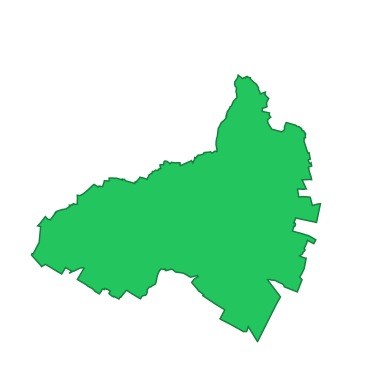 Oradea, Bihor, Romania (Albers equal-area conic projection), rotated 290°
{"feature_id": "2599482B8736220817174", "entity_name": "Oradea", "entity_type": "district", "adm_level": 2, "iso_a3": "ROU", "parent_name": "Romania", "parent_adm1": "Bihor", "projection": "albers", "projection_center": [21.942, 47.075], "detail": "fine", "context": "isolated", "style": "filled", "palette": "green", "viewbox_px": 384, "rotation_deg": 290, "n_neighbors": 0, "source": "geoboundaries", "source_scale": "gbopen_adm2", "svg_char_len": 5937}
<svg xmlns="http://www.w3.org/2000/svg" viewBox="0 0 384 384"><g transform="rotate(290 192 192)"><path d="M268.9,288.7L268.2,287.8L271.3,285.0L273.4,283.5L277.7,280.1L281.2,278.9L281.8,280.1L282.5,279.7L283.7,279.3L284.2,278.9L284.6,279.1L285.8,278.7L286.1,278.3L286.0,277.5L286.1,277.3L286.8,277.0L287.5,276.2L287.6,275.7L287.4,274.9L287.5,274.4L287.8,273.8L288.1,273.7L288.7,273.7L289.0,273.5L289.1,273.3L289.1,272.9L289.4,272.5L289.3,272.1L290.0,270.3L289.6,268.0L290.2,266.7L289.6,257.1L289.2,256.7L284.5,256.6L283.0,257.4L281.3,257.3L279.2,255.7L278.3,245.4L282.6,240.1L284.8,238.5L286.4,238.7L289.3,240.4L290.7,238.1L292.8,237.8L291.8,230.5L294.5,229.6L295.1,230.0L296.8,232.4L297.3,233.1L297.7,233.3L301.3,231.5L306.1,232.0L308.2,227.5L311.0,226.8L307.6,222.7L308.6,221.8L309.4,221.3L310.9,219.5L312.7,218.8L314.6,216.5L315.5,215.2L315.8,214.2L315.9,213.2L316.3,212.1L318.3,208.2L319.4,207.8L318.9,205.3L319.5,204.7L319.4,204.1L319.0,203.5L318.8,203.6L318.4,203.4L318.1,203.0L317.8,203.2L317.3,203.0L317.6,202.5L317.2,201.8L315.9,200.9L317.6,195.4L317.3,195.4L316.0,195.7L314.6,195.7L313.2,195.4L311.4,194.8L310.0,194.6L308.9,195.0L307.9,195.1L306.9,195.8L306.1,196.5L305.5,197.7L305.4,198.0L304.8,198.3L303.1,198.6L302.7,198.8L301.5,198.9L299.0,200.7L298.5,200.7L296.7,201.7L296.0,201.9L295.6,201.8L294.1,200.9L293.3,200.7L292.4,200.2L290.6,199.8L286.9,199.7L285.9,199.4L285.4,198.7L285.1,198.7L283.5,198.7L280.9,198.1L280.3,197.8L280.3,198.0L278.1,197.8L276.0,198.4L275.9,197.9L274.4,198.2L274.5,198.7L274.0,198.9L271.4,198.1L269.4,197.1L269.2,197.1L267.8,196.1L267.2,195.8L264.5,195.5L263.2,195.5L262.1,195.3L261.7,195.0L260.6,195.0L252.8,196.8L250.5,196.9L248.6,197.2L245.3,198.2L244.7,198.4L240.4,200.9L240.2,200.8L240.4,201.0L239.7,201.2L238.8,201.7L238.6,201.5L238.5,201.4L238.4,201.2L238.5,200.6L238.5,200.2L238.4,200.0L237.6,199.0L236.3,198.4L235.5,197.2L236.1,195.7L235.1,194.0L233.7,190.8L233.2,190.1L232.6,189.7L232.0,190.1L230.7,188.6L229.4,186.9L229.2,186.4L229.0,185.6L228.7,185.1L228.1,184.9L226.8,184.3L225.3,184.1L225.4,182.8L223.2,183.2L219.7,182.8L221.4,180.8L220.3,179.9L213.1,172.4L212.9,171.7L215.4,170.7L213.5,165.9L212.9,162.5L210.9,161.7L211.6,160.2L212.2,158.1L212.2,157.4L212.1,156.8L211.8,156.3L211.6,155.6L210.9,155.4L208.1,156.0L207.8,155.7L206.8,152.7L206.2,152.8L205.2,153.2L203.4,154.7L202.8,153.7L201.8,152.6L201.1,152.8L200.8,152.7L200.4,152.1L200.0,150.4L198.9,149.6L198.1,148.9L197.9,148.5L197.8,147.9L197.0,147.7L196.9,147.8L195.4,148.0L194.8,146.8L193.5,145.9L192.4,145.7L191.2,145.8L188.4,145.3L188.6,144.0L188.5,143.3L188.6,142.7L188.4,140.5L188.1,140.0L188.2,138.1L186.5,137.7L183.5,136.5L182.3,136.5L182.2,135.1L180.5,135.3L179.8,125.8L180.0,125.0L180.2,124.7L180.8,124.4L180.6,124.1L180.3,122.1L179.3,122.5L179.2,121.9L179.5,121.8L179.2,116.5L177.2,110.5L176.8,109.4L174.1,110.2L173.8,109.7L172.6,105.8L170.9,106.0L167.6,106.1L166.6,106.2L166.4,106.0L166.2,105.1L165.8,102.6L164.6,102.1L165.6,97.7L165.6,97.2L157.0,92.8L153.4,90.6L150.7,88.4L150.1,87.6L149.9,85.9L149.7,85.3L147.0,86.5L144.7,87.1L142.5,88.0L141.6,88.4L141.4,87.9L140.8,87.4L140.4,86.4L140.3,85.3L140.6,84.9L140.6,84.7L140.4,84.4L140.1,84.3L139.7,84.0L139.2,84.0L138.7,83.7L138.6,82.9L138.0,82.2L137.6,81.3L136.7,82.2L136.2,81.5L135.8,81.4L135.3,81.4L135.1,81.3L134.7,80.6L134.2,80.1L133.6,80.0L133.2,79.7L132.7,79.0L132.4,78.2L131.8,77.3L131.2,76.2L130.1,74.7L127.7,71.6L126.2,71.1L126.4,70.8L124.6,70.3L124.4,70.5L117.3,68.4L117.6,67.7L117.0,66.1L118.7,62.6L110.0,59.8L107.4,58.6L107.8,61.6L92.4,65.6L79.5,63.9L79.3,63.3L79.3,62.7L77.9,62.7L70.9,75.7L70.6,75.8L70.4,76.0L73.9,79.1L71.2,92.9L70.4,97.6L77.9,99.1L77.7,99.6L76.4,106.0L73.6,104.3L77.5,108.0L77.4,108.2L82.3,113.0L82.8,113.8L83.8,116.3L83.3,116.6L70.6,114.2L68.7,124.1L68.0,125.9L67.3,130.4L66.6,133.0L65.5,134.7L64.5,139.7L65.5,140.1L66.8,140.5L70.4,141.1L70.2,142.9L71.5,143.1L71.3,144.7L71.8,144.8L71.0,149.1L68.5,148.6L68.5,149.1L67.7,149.4L67.5,150.3L66.9,151.7L66.6,154.4L67.3,154.6L66.7,157.2L66.7,158.5L66.5,160.0L69.0,160.5L68.9,161.1L77.3,164.0L75.9,170.2L74.3,178.3L74.0,180.1L75.0,180.3L75.5,180.2L76.4,180.5L77.5,181.0L79.0,183.5L79.4,183.9L80.8,184.2L82.6,184.1L83.2,184.0L84.5,183.4L84.9,183.4L86.6,183.8L87.8,184.3L88.2,184.6L88.7,185.8L90.8,187.0L92.3,188.7L93.8,189.1L95.3,189.0L100.3,188.2L104.6,188.0L105.6,188.2L106.0,188.3L106.9,188.3L107.7,188.7L109.0,189.1L109.5,190.9L109.7,192.2L110.5,193.0L110.5,193.4L109.1,193.8L109.6,195.1L110.3,196.2L112.0,198.3L112.5,199.7L112.5,200.3L111.6,202.6L111.2,204.1L112.6,210.2L112.7,212.4L111.4,219.7L114.7,224.7L115.5,225.7L114.5,226.8L111.9,224.6L110.9,223.9L107.0,222.6L106.6,223.0L101.4,232.3L101.3,232.2L99.5,238.2L98.3,237.6L94.5,253.1L92.5,263.1L82.8,261.8L82.4,261.7L82.2,261.9L80.6,274.9L78.4,288.2L79.6,291.0L80.0,291.1L84.7,290.9L73.9,304.6L74.3,304.8L115.8,309.7L123.7,311.0L135.4,292.9L135.6,293.2L135.7,293.7L136.4,294.9L136.4,296.7L137.4,300.3L136.9,303.3L136.6,308.0L136.7,308.4L135.1,311.0L134.5,311.1L134.1,325.1L147.3,325.4L148.9,322.3L149.4,322.3L151.8,323.0L158.4,323.6L168.8,321.9L168.6,321.5L168.5,319.0L168.6,316.6L168.8,315.0L172.0,317.1L172.7,317.1L173.5,317.0L175.4,318.0L176.4,318.0L176.6,317.8L177.1,316.8L177.3,316.8L183.5,317.3L185.1,317.0L186.1,317.0L185.1,324.1L189.4,324.7L190.6,318.2L190.8,316.4L190.5,310.5L189.6,299.8L194.8,299.5L194.8,300.1L195.1,300.1L195.2,300.4L197.1,300.3L198.0,299.5L198.0,299.3L197.8,299.2L197.7,298.9L197.8,298.7L197.8,298.1L201.0,298.4L203.0,298.2L206.0,319.4L224.9,316.7L223.8,314.4L220.5,309.7L227.5,304.9L227.0,302.7L226.0,299.1L225.7,298.1L223.8,294.1L230.5,290.3L230.8,290.2L231.8,292.7L232.2,294.4L232.9,296.5L233.9,297.7L234.0,298.3L241.1,291.3L243.9,298.1L244.5,300.2L246.9,298.7L249.6,296.6L253.2,294.0L253.8,293.9L253.8,293.6L254.6,293.0L255.3,293.0L257.3,295.6L260.1,293.9L259.0,293.0L260.6,291.1L261.8,290.3L262.3,290.5L263.2,292.0L266.0,290.3L268.9,288.7Z" fill="#22c55e" stroke="#15803d" stroke-width="1.5"/></g></svg>